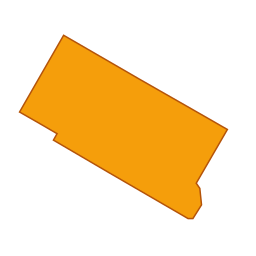 the district of Martin, Indiana, United States of America, rotated 300°
{"feature_id": "52423323B6145912014640", "entity_name": "Martin", "entity_type": "district", "adm_level": 2, "iso_a3": "USA", "parent_name": "United States of America", "parent_adm1": "Indiana", "projection": "natural_earth1", "projection_center": [-86.816, 38.7], "detail": "fine", "context": "isolated", "style": "filled", "palette": "amber", "viewbox_px": 256, "rotation_deg": 300, "n_neighbors": 0, "source": "geoboundaries", "source_scale": "gbopen_adm2", "svg_char_len": 349}
<svg xmlns="http://www.w3.org/2000/svg" viewBox="0 0 256 256"><g transform="rotate(300 128 128)"><path d="M176.1,25.9L87.6,26.1L87.7,53.4L87.6,69.4L80.2,69.5L79.8,134.8L79.6,225.3L82.0,229.5L98.2,230.1L111.6,220.4L114.3,214.7L176.4,214.8L176.3,178.6L176.1,134.8L176.0,113.1L176.1,25.9Z" fill="#f59e0b" stroke="#b45309" stroke-width="1.5"/></g></svg>